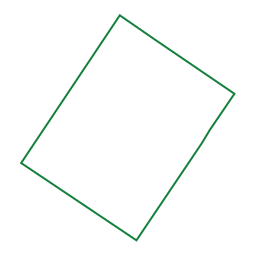 the district of Hanson, South Dakota, United States of America, rotated 34°
{"feature_id": "52423323B35653525387380", "entity_name": "Hanson", "entity_type": "district", "adm_level": 2, "iso_a3": "USA", "parent_name": "United States of America", "parent_adm1": "South Dakota", "projection": "equal_earth", "projection_center": [-97.772, 43.675], "detail": "fine", "context": "isolated", "style": "outline", "palette": "green", "viewbox_px": 256, "rotation_deg": 34, "n_neighbors": 0, "source": "geoboundaries", "source_scale": "gbopen_adm2", "svg_char_len": 253}
<svg xmlns="http://www.w3.org/2000/svg" viewBox="0 0 256 256"><g transform="rotate(34 128 128)"><path d="M59.0,216.8L197.8,216.4L197.7,99.4L196.9,83.6L197.1,40.1L103.2,39.7L58.2,39.2L59.0,216.8Z" fill="none" stroke="#15803d" stroke-width="2"/></g></svg>